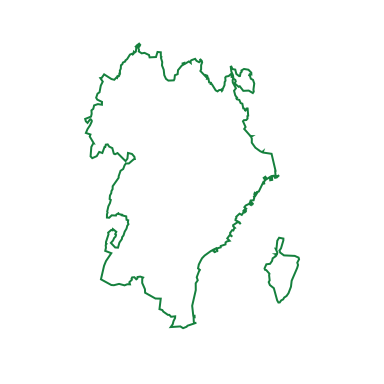 the district of Horten nor, Vestfold, Norway, rotated 20°
{"feature_id": "86288312B28519776233063", "entity_name": "Horten nor", "entity_type": "district", "adm_level": 2, "iso_a3": "NOR", "parent_name": "Norway", "parent_adm1": "Vestfold", "projection": "albers", "projection_center": [10.422, 59.398], "detail": "fine", "context": "isolated", "style": "outline", "palette": "green", "viewbox_px": 384, "rotation_deg": 20, "n_neighbors": 0, "source": "geoboundaries", "source_scale": "gbopen_adm2", "svg_char_len": 5922}
<svg xmlns="http://www.w3.org/2000/svg" viewBox="0 0 384 384"><g transform="rotate(20 192 192)"><path d="M233.5,319.2L240.8,313.4L238.9,314.4L238.1,313.4L236.3,309.1L237.3,308.8L236.7,307.4L235.5,307.8L231.1,298.9L229.1,282.9L226.7,276.5L227.6,273.0L225.6,270.5L225.7,262.9L226.8,262.8L223.8,261.7L223.2,257.8L223.7,253.5L224.1,250.8L225.6,247.4L229.8,241.2L230.9,240.0L232.0,240.3L231.1,239.7L231.5,239.2L233.7,240.8L235.1,239.8L233.7,240.4L231.7,239.0L234.0,236.6L235.6,238.8L235.4,239.5L236.0,238.8L234.8,236.4L237.9,234.2L237.5,232.9L241.4,229.8L240.8,227.9L241.7,226.5L244.0,225.0L241.0,223.5L242.2,219.6L245.2,220.1L243.1,219.5L241.8,217.5L242.8,214.1L244.0,214.0L244.1,211.6L244.6,211.1L242.4,210.1L242.0,209.1L245.1,204.8L247.0,204.6L248.7,205.6L247.1,204.3L242.5,203.6L242.2,202.5L242.6,201.1L242.0,200.2L244.1,196.1L246.6,196.5L247.5,192.8L248.5,193.2L248.9,192.5L246.8,192.1L247.3,190.8L249.0,191.4L249.1,192.2L249.2,191.3L248.1,190.7L248.7,189.2L246.4,188.3L247.1,186.3L249.7,183.6L252.9,184.3L249.8,183.4L250.0,182.4L254.0,183.1L249.7,182.2L253.8,182.5L250.0,180.7L250.0,179.9L252.7,178.7L252.5,176.2L251.8,175.2L252.7,174.5L253.3,171.7L251.8,173.3L251.3,172.8L251.3,171.2L253.0,171.3L253.0,169.8L254.6,168.7L255.6,158.7L257.4,160.0L256.1,157.8L256.8,155.9L254.6,154.2L255.7,152.6L257.7,153.9L257.2,155.1L260.1,151.3L261.5,154.2L263.2,153.2L261.6,149.7L263.2,148.8L265.2,150.3L266.7,149.3L268.1,146.5L266.6,148.1L264.9,148.0L263.0,143.9L263.3,143.6L253.7,128.9L245.4,130.6L244.8,130.6L244.8,129.6L244.3,130.5L242.3,130.4L236.4,128.7L231.3,125.2L230.0,121.5L228.6,119.9L229.4,118.9L227.7,119.5L226.6,118.8L227.0,117.9L226.5,118.7L219.5,114.9L220.1,112.6L215.7,108.1L216.2,106.8L218.4,105.8L219.1,104.0L218.1,101.8L218.7,101.1L215.7,94.5L215.1,94.6L214.4,97.2L213.8,97.1L212.9,95.7L211.6,95.9L209.1,91.8L207.3,91.8L205.0,89.3L202.4,89.5L201.6,88.7L202.0,87.9L199.7,86.5L196.9,82.5L197.8,79.5L192.9,75.2L191.9,73.0L191.9,71.3L194.3,71.8L195.3,73.1L195.0,74.6L195.8,75.7L199.9,77.2L200.7,76.3L205.6,79.4L210.6,77.3L215.3,78.2L215.7,76.6L214.7,74.7L213.4,68.8L211.0,65.8L208.5,65.4L206.7,63.0L205.8,62.8L205.9,61.6L207.6,61.3L206.9,59.6L203.2,57.8L198.8,58.6L196.9,60.9L197.6,61.9L196.9,63.4L197.4,66.6L196.7,67.0L193.3,65.9L190.8,62.2L188.0,62.6L186.1,60.7L185.6,61.1L187.8,65.4L190.6,68.3L191.8,70.6L189.8,70.3L189.8,69.2L188.2,67.9L186.8,70.5L184.6,71.8L184.1,73.0L185.4,76.0L185.1,77.5L186.0,80.5L185.7,84.1L184.7,85.5L185.8,85.8L185.5,86.9L184.4,86.0L182.6,87.0L181.6,88.7L179.5,88.4L173.8,83.9L172.6,84.1L172.4,82.9L170.6,83.1L168.7,79.9L167.5,80.4L167.6,79.0L166.5,77.5L165.5,77.5L167.1,79.7L158.5,75.4L158.6,73.6L157.2,69.7L157.2,66.7L156.3,65.4L154.7,64.6L154.4,65.0L155.2,66.3L154.3,67.6L151.4,67.2L149.4,65.8L146.3,68.4L145.9,69.8L146.6,71.1L144.4,70.4L141.2,74.4L140.2,75.1L140.2,73.6L139.2,74.4L140.1,75.6L139.1,76.8L137.2,82.3L138.2,86.2L136.0,88.1L136.9,91.9L136.7,93.3L131.7,95.4L128.9,94.6L126.0,91.7L123.6,86.8L120.5,83.3L119.6,80.1L116.9,76.5L117.1,75.5L116.2,74.9L114.9,71.4L111.7,72.2L112.0,77.5L106.1,80.0L104.8,78.0L99.8,77.5L97.3,78.9L93.9,78.1L93.6,76.6L91.8,74.5L92.7,73.6L93.0,71.5L91.6,70.7L91.1,71.5L92.0,71.7L92.1,72.5L90.1,73.0L89.9,73.5L90.5,73.7L89.5,74.7L90.3,75.3L91.2,79.3L90.5,80.5L89.4,80.1L89.7,82.2L89.3,83.0L88.5,82.5L86.7,84.1L85.6,89.3L84.4,91.2L84.6,92.2L82.8,94.0L82.8,95.9L81.9,97.2L82.9,100.5L82.7,102.7L83.4,104.1L83.2,105.3L83.9,105.6L83.8,106.8L82.6,108.4L83.3,108.6L82.3,109.7L82.5,110.4L81.8,110.3L80.6,113.1L77.7,113.4L69.2,111.5L68.1,115.6L66.9,116.3L70.4,118.8L69.9,123.2L71.0,129.9L69.6,131.9L69.7,136.2L71.4,137.6L76.6,138.1L77.5,140.8L73.5,141.6L70.4,144.1L70.8,147.6L69.6,149.7L71.0,152.9L71.3,155.7L66.6,159.9L68.1,161.9L70.2,162.8L71.3,158.9L71.9,158.3L73.3,159.1L73.7,160.1L73.4,164.1L72.3,168.7L72.1,172.8L76.9,172.7L76.9,174.8L83.1,179.9L82.6,180.0L82.0,184.1L84.5,193.2L86.7,194.3L90.2,190.9L91.1,186.1L94.4,186.0L94.4,179.6L95.1,179.4L94.8,177.0L96.5,176.1L98.7,177.7L102.1,178.0L105.4,182.7L106.8,182.8L108.7,180.9L119.0,185.7L119.9,182.7L118.5,177.2L122.6,176.8L125.8,178.6L127.0,180.6L126.1,181.1L122.9,186.8L120.1,187.8L119.5,190.0L119.5,193.9L117.6,196.5L117.7,202.3L118.2,203.7L115.5,213.7L116.4,216.5L116.0,218.6L116.5,220.8L116.1,223.3L117.0,226.8L118.4,227.2L118.7,230.5L118.3,234.0L119.0,239.4L119.7,240.2L119.7,242.0L120.8,245.1L123.0,244.5L124.5,241.4L128.6,240.1L128.6,239.1L130.1,237.2L130.7,237.8L134.0,237.3L134.0,237.9L138.5,237.4L140.0,240.5L141.7,240.4L142.2,242.7L143.3,244.0L142.7,245.8L143.0,248.8L142.3,252.3L142.5,256.3L141.8,258.3L142.2,260.2L141.1,264.3L141.5,269.6L138.8,270.4L133.2,267.6L134.4,264.6L134.6,261.8L135.4,260.1L135.3,258.3L134.2,257.8L134.5,255.3L130.3,253.9L130.4,255.2L129.1,255.3L127.1,258.9L128.0,260.2L128.3,268.5L128.8,269.9L129.4,270.0L129.1,271.5L130.2,273.8L130.6,277.0L137.1,277.1L134.8,286.3L134.6,291.4L136.3,305.2L148.0,307.0L150.5,306.3L154.9,303.3L160.5,302.8L162.8,300.8L165.3,300.0L164.0,298.2L165.5,295.0L164.8,294.0L165.0,292.7L167.0,291.8L169.5,293.1L170.2,292.1L169.9,290.5L172.3,289.2L175.3,289.1L174.9,290.5L176.3,294.5L181.0,299.4L182.4,302.7L194.1,304.6L199.1,302.9L201.5,313.2L204.5,313.1L205.9,314.2L211.4,315.7L212.7,315.2L215.0,316.4L218.7,314.6L219.2,316.3L218.8,319.6L219.1,323.0L218.2,326.2L227.0,322.3L230.2,323.0L233.0,320.5L233.5,319.2ZM293.8,204.5L289.5,205.2L288.8,208.6L290.8,216.5L290.0,216.7L292.9,219.7L293.1,221.2L291.8,221.8L292.9,221.9L292.9,222.8L291.4,223.0L292.2,223.1L292.4,224.0L290.5,226.7L290.8,229.4L289.9,232.8L286.6,234.5L286.3,239.0L287.2,240.1L288.5,240.0L292.7,242.3L292.9,243.8L295.2,248.5L294.9,250.4L297.0,252.8L301.8,254.4L309.1,264.7L311.0,266.3L312.2,265.8L312.9,263.3L314.4,261.7L314.7,259.7L316.4,257.4L317.3,254.0L317.4,247.2L316.0,241.3L316.8,227.3L316.6,224.3L315.1,222.4L315.6,218.6L314.6,217.2L310.4,216.9L300.1,220.1L295.6,218.8L294.2,217.1L294.9,214.5L294.4,206.2L293.8,204.5Z" fill="none" stroke="#15803d" stroke-width="2"/></g></svg>